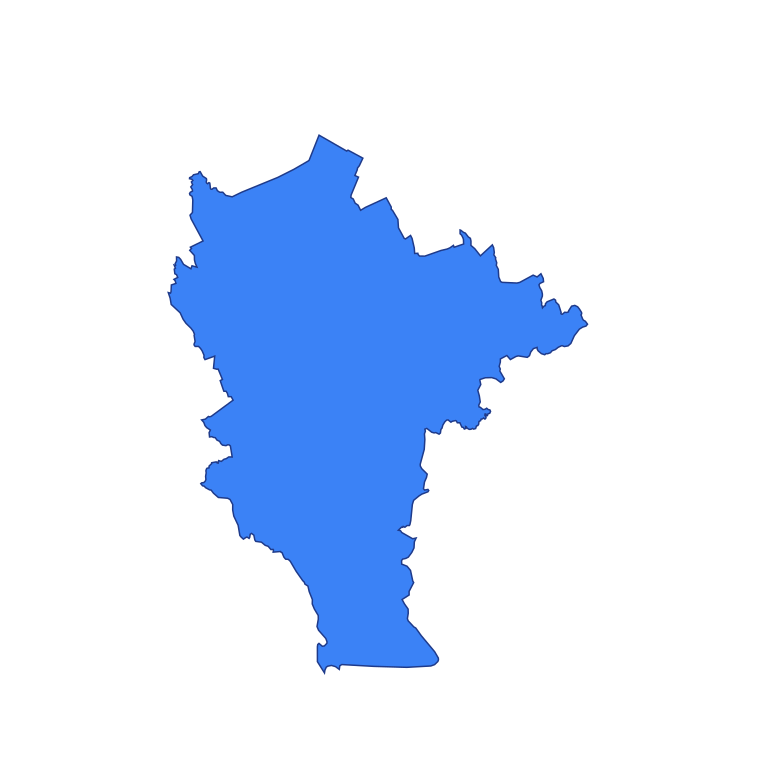 Trang Bom, Đồng Nai, Vietnam (Natural Earth projection), rotated 153°
{"feature_id": "81297802B42890675400166", "entity_name": "Trang Bom", "entity_type": "district", "adm_level": 2, "iso_a3": "VNM", "parent_name": "Vietnam", "parent_adm1": "Đồng Nai", "projection": "natural_earth1", "projection_center": [107.029, 10.976], "detail": "fine", "context": "isolated", "style": "filled", "palette": "blue", "viewbox_px": 768, "rotation_deg": 153, "n_neighbors": 0, "source": "geoboundaries", "source_scale": "gbopen_adm2", "svg_char_len": 6171}
<svg xmlns="http://www.w3.org/2000/svg" viewBox="0 0 768 768"><g transform="rotate(153 384 384)"><path d="M311.5,608.5L328.9,635.2L349.2,617.3L350.3,617.1L366.9,616.2L384.9,616.3L423.7,619.5L434.3,619.7L439.4,623.9L440.6,628.1L443.3,629.4L444.7,631.9L444.6,634.9L446.7,636.0L448.9,635.6L449.7,636.1L449.9,636.9L448.0,642.1L448.6,642.9L450.2,642.5L450.8,643.5L450.7,644.7L449.4,646.3L449.0,647.7L451.2,651.6L451.4,656.7L452.3,657.0L454.0,655.7L458.7,656.9L460.9,656.0L463.5,656.1L464.1,655.2L462.1,653.5L461.9,652.1L463.9,651.5L464.0,648.5L466.7,647.3L466.5,644.2L467.1,642.8L469.5,642.8L470.8,642.0L471.1,640.6L469.8,638.3L470.8,634.8L476.8,623.8L480.2,622.5L480.9,618.7L480.3,593.6L494.4,593.8L494.0,592.2L496.4,591.3L494.6,584.6L496.6,580.5L497.4,576.9L497.6,573.0L501.4,576.5L503.7,574.3L508.3,581.6L508.6,587.4L509.4,590.0L511.2,591.4L513.0,587.7L515.5,586.0L515.7,584.4L516.3,584.2L517.0,585.1L517.3,581.8L518.7,581.6L520.3,577.2L519.2,575.6L519.4,572.6L523.7,572.6L523.2,570.9L523.7,568.1L528.5,568.8L531.8,563.0L533.0,561.9L534.7,563.4L535.6,557.5L537.5,551.5L533.3,540.0L533.6,532.9L532.9,528.0L530.7,521.5L530.0,517.8L530.3,514.3L531.1,513.6L533.0,507.7L535.2,505.7L535.5,504.7L535.2,503.2L532.2,501.7L531.4,499.2L531.0,496.2L531.3,491.4L532.5,489.3L532.4,487.0L522.2,485.7L528.8,475.4L526.3,473.1L525.0,472.6L525.9,461.4L528.4,461.4L530.0,450.3L528.0,449.2L527.8,446.8L528.5,443.4L525.9,442.1L525.8,438.1L552.8,433.6L554.6,434.1L555.2,434.8L559.1,433.8L562.8,434.8L562.0,431.7L562.4,428.2L561.8,425.6L559.6,421.8L561.9,420.1L563.5,416.0L561.2,415.2L560.2,413.8L558.7,412.8L558.3,409.9L556.5,407.5L556.4,405.0L555.7,402.9L552.8,400.8L550.8,400.8L549.6,400.0L549.0,398.6L552.4,387.9L555.5,389.5L558.5,389.1L560.7,389.6L564.1,388.9L566.1,390.8L566.9,389.6L567.6,389.9L567.8,388.9L568.5,389.4L568.9,390.8L573.3,392.1L573.8,391.3L577.1,390.3L578.0,388.7L579.9,389.3L580.9,388.8L582.1,387.5L582.8,385.5L584.9,382.7L586.0,379.8L587.5,378.5L589.4,378.0L591.2,378.7L592.5,378.4L591.9,375.7L590.5,374.5L590.1,372.7L587.5,368.9L586.2,367.9L585.5,364.1L583.1,358.1L575.2,353.2L573.6,351.0L573.5,345.3L576.0,340.5L577.8,334.5L578.1,324.4L581.2,314.5L580.8,312.5L579.7,309.6L576.1,310.0L575.3,309.5L574.3,307.7L573.3,308.3L571.4,310.9L569.8,311.0L568.6,308.4L569.9,303.7L569.7,302.0L565.0,298.7L563.1,294.2L560.9,292.0L559.9,287.8L557.9,287.0L557.8,286.3L559.1,284.5L552.2,281.7L552.2,281.0L551.4,280.0L551.8,275.2L551.2,272.6L548.9,271.2L548.0,268.6L547.3,256.8L545.7,245.7L545.0,243.6L545.3,241.6L543.5,238.5L544.9,233.0L545.7,224.4L547.8,220.6L548.2,215.1L547.7,207.6L549.3,204.3L553.8,198.3L554.1,194.3L551.4,183.7L551.8,180.2L552.6,178.9L556.0,177.7L558.0,178.3L559.7,182.4L561.3,182.0L562.6,180.2L569.4,166.8L568.2,153.6L566.6,155.8L564.0,157.9L562.2,158.1L558.6,157.1L555.5,154.2L553.4,150.0L551.3,153.0L549.0,153.2L521.2,137.0L492.3,121.2L470.3,111.5L466.3,111.0L462.0,112.3L460.7,113.5L460.0,115.2L460.4,122.5L465.1,143.0L466.5,152.2L467.7,154.0L470.0,162.0L469.7,164.3L466.5,168.7L464.7,172.5L465.6,178.9L465.7,183.8L457.4,184.6L455.8,187.8L447.7,193.6L447.8,195.4L445.0,205.9L446.2,211.2L450.0,215.5L448.5,218.7L446.9,219.5L443.8,218.7L440.9,218.7L435.7,221.3L431.7,224.3L428.6,229.6L425.3,232.2L428.7,233.1L435.6,243.6L435.9,245.8L437.6,247.2L433.3,248.5L432.4,247.8L431.6,248.4L430.4,246.9L427.7,247.4L425.6,246.4L424.7,247.0L422.2,250.1L413.4,263.8L410.4,266.9L403.5,268.4L400.3,268.7L393.8,268.0L392.5,268.8L392.7,270.1L396.0,271.1L396.4,272.7L392.4,278.3L388.6,281.4L386.4,284.1L388.8,291.4L388.9,294.4L388.2,296.0L377.8,307.5L372.8,316.0L370.6,321.2L368.6,323.1L368.1,325.2L366.0,325.0L363.4,319.4L361.6,317.7L359.9,317.2L357.7,314.3L356.0,314.7L353.9,317.7L352.4,318.3L350.2,320.7L346.9,322.7L344.6,323.4L343.2,322.9L341.7,319.6L340.1,319.8L336.8,318.9L336.3,318.1L336.3,316.2L334.0,315.0L334.2,310.3L333.0,309.2L332.9,307.4L331.4,307.2L330.6,309.1L330.1,308.5L330.0,306.9L328.7,304.9L327.1,304.2L325.3,304.2L324.6,303.1L322.6,302.7L320.7,304.6L319.3,304.4L318.0,305.1L316.4,307.5L314.5,307.5L313.5,308.6L312.2,308.2L310.7,308.5L310.0,306.9L308.8,307.3L308.0,308.3L308.4,310.2L307.6,311.4L306.9,311.1L306.8,309.4L306.2,308.9L304.9,310.2L303.1,309.9L301.5,311.2L301.4,312.8L302.8,314.0L303.5,315.8L305.4,315.6L307.4,316.3L308.7,319.4L309.7,320.4L309.2,322.1L306.4,324.3L304.4,330.3L303.3,335.8L298.0,339.6L296.8,344.1L296.2,344.4L291.0,343.6L285.1,340.8L281.9,337.7L279.3,332.4L276.6,332.7L274.4,334.0L274.9,343.0L273.6,344.6L273.4,347.4L270.4,350.7L268.9,353.5L261.6,353.6L260.3,348.4L253.9,348.6L251.6,348.1L244.2,342.7L241.5,343.2L238.7,345.9L234.8,347.7L231.0,347.1L231.7,345.3L231.6,343.5L230.0,339.6L227.5,337.1L225.9,337.5L224.5,336.7L221.5,336.3L219.2,337.3L215.6,336.9L212.1,337.6L208.7,337.5L207.9,337.3L206.3,335.5L202.7,334.4L199.1,335.3L192.5,340.6L185.0,344.2L181.2,344.5L177.7,343.9L175.5,344.9L176.1,348.5L177.3,350.3L177.5,351.5L177.1,356.1L176.0,356.8L175.5,358.1L175.8,361.9L176.4,364.9L178.3,367.4L181.5,368.2L186.3,365.4L186.9,364.5L188.8,364.8L190.4,365.9L193.3,365.2L194.2,365.7L194.4,366.5L193.7,367.3L192.4,375.2L193.7,379.0L193.1,380.9L194.0,382.6L201.4,383.2L203.7,382.2L204.7,380.6L205.8,380.8L208.2,379.9L207.6,381.9L207.8,382.7L206.6,384.7L206.2,387.4L203.0,390.4L202.0,392.3L201.2,395.4L201.4,399.4L200.9,402.0L199.4,402.8L195.4,402.7L194.2,405.8L194.1,411.0L199.0,409.9L201.7,413.3L216.9,412.9L219.7,413.6L232.7,421.0L233.6,422.4L233.2,427.2L230.1,434.3L230.1,438.7L228.5,440.9L227.9,444.8L227.1,445.8L227.5,449.2L226.0,451.1L224.4,455.7L224.3,458.8L239.9,454.4L241.7,463.4L243.6,468.0L241.6,471.9L240.9,474.6L242.1,476.7L243.0,481.5L244.3,483.0L245.8,486.2L246.3,486.7L248.0,483.3L247.3,481.5L247.3,478.5L247.6,476.7L249.5,472.6L259.4,474.0L259.2,476.0L263.5,475.4L266.5,475.6L272.6,477.1L289.6,479.4L294.3,481.9L294.8,484.0L294.5,485.1L297.4,486.4L295.3,491.4L292.9,500.9L292.9,504.3L299.0,503.5L299.9,504.6L300.2,516.6L296.9,524.3L297.6,535.0L298.3,536.2L297.2,538.5L297.5,548.9L320.3,549.8L326.0,549.4L325.9,555.1L327.6,558.2L327.4,562.8L328.9,565.2L327.5,567.3L312.8,579.9L315.3,583.0L310.8,586.8L309.5,588.5L307.0,589.6L300.3,594.8L309.9,608.7L311.5,608.5Z" fill="#3b82f6" stroke="#1e3a8a" stroke-width="1.5"/></g></svg>